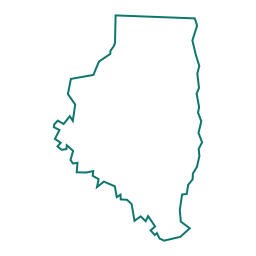 the district of Calhoun, Arkansas, United States of America
{"feature_id": "52423323B83504400209000", "entity_name": "Calhoun", "entity_type": "district", "adm_level": 2, "iso_a3": "USA", "parent_name": "United States of America", "parent_adm1": "Arkansas", "projection": "equal_earth", "projection_center": [-92.533, 33.536], "detail": "fine", "context": "isolated", "style": "outline", "palette": "teal", "viewbox_px": 256, "rotation_deg": 0, "n_neighbors": 0, "source": "geoboundaries", "source_scale": "gbopen_adm2", "svg_char_len": 993}
<svg xmlns="http://www.w3.org/2000/svg" viewBox="0 0 256 256"><path d="M194.8,18.4L115.6,15.4L115.0,43.1L113.6,46.5L110.4,50.8L110.3,53.9L99.0,61.5L93.4,74.9L70.9,78.9L67.9,94.0L75.2,104.6L72.8,120.9L69.8,116.2L63.6,124.0L57.8,120.6L54.2,124.4L53.9,127.2L59.5,130.0L54.9,138.9L60.7,142.8L57.5,146.4L61.5,149.8L66.4,149.1L66.8,145.3L73.1,150.9L70.5,160.0L73.0,163.5L77.5,162.8L76.7,172.3L86.2,172.5L93.2,171.1L92.7,175.8L98.6,179.1L97.0,187.1L103.9,181.6L114.8,186.3L116.8,197.1L120.5,194.7L120.7,199.4L127.0,199.8L131.6,204.1L134.5,220.8L140.7,216.4L145.7,221.2L148.1,216.1L155.1,226.5L150.6,230.4L154.8,235.0L156.9,233.1L159.5,238.5L164.1,240.6L180.2,236.9L189.8,228.3L180.8,221.6L179.8,209.8L182.1,194.5L186.7,194.0L188.2,184.8L192.6,179.4L192.9,173.5L196.9,167.0L199.4,156.2L198.7,148.9L202.1,142.3L198.5,132.9L201.3,121.3L198.0,112.5L199.1,107.2L196.6,93.6L199.0,88.0L197.3,73.5L199.3,66.0L195.9,55.2L192.4,40.4L197.1,25.7L194.8,18.4Z" fill="none" stroke="#0f766e" stroke-width="2"/></svg>